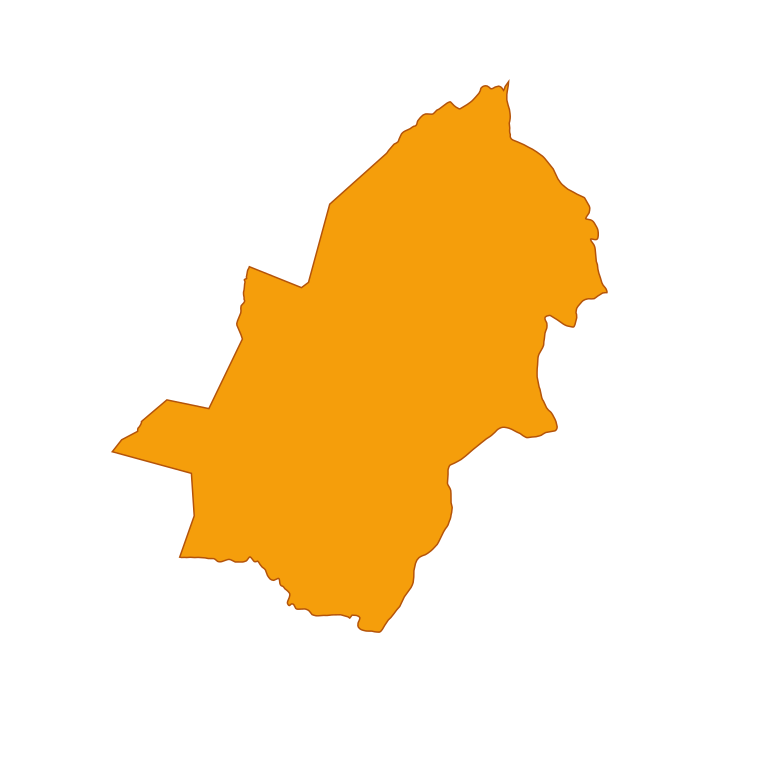 San Antonio de Flores, El Paraíso, Honduras, rotated 329°
{"feature_id": "27666195B39425544771184", "entity_name": "San Antonio de Flores", "entity_type": "district", "adm_level": 2, "iso_a3": "HND", "parent_name": "Honduras", "parent_adm1": "El Paraíso", "projection": "albers", "projection_center": [-86.823, 13.709], "detail": "fine", "context": "isolated", "style": "filled", "palette": "amber", "viewbox_px": 768, "rotation_deg": 329, "n_neighbors": 0, "source": "geoboundaries", "source_scale": "gbopen_adm2", "svg_char_len": 6171}
<svg xmlns="http://www.w3.org/2000/svg" viewBox="0 0 768 768"><g transform="rotate(329 384 384)"><path d="M622.1,420.5L622.5,420.1L622.9,419.1L623.3,417.1L623.2,415.4L622.9,413.4L622.7,412.1L622.9,409.3L624.2,404.3L625.2,399.7L626.5,395.7L628.4,391.6L629.1,388.3L634.4,377.3L635.1,375.5L635.4,374.2L635.6,372.7L635.3,368.8L635.3,367.4L635.5,366.7L635.7,366.3L636.3,366.4L637.1,367.0L638.7,368.5L640.0,369.4L640.8,369.6L641.6,369.5L642.6,368.9L644.1,367.1L645.5,364.8L646.5,362.5L646.9,361.0L647.1,359.1L647.2,354.3L647.0,352.5L646.5,351.1L645.7,349.8L642.4,346.8L642.1,346.2L642.2,345.9L643.8,344.9L648.0,342.9L649.8,340.9L651.0,339.2L651.4,338.0L651.6,337.0L651.8,328.1L651.7,327.5L651.2,326.6L647.2,320.7L645.8,318.2L641.9,311.7L640.6,308.2L639.4,304.7L639.0,302.4L638.7,297.7L639.8,286.8L638.0,273.6L637.6,271.7L637.2,270.3L634.4,263.7L632.1,259.1L630.0,255.8L627.2,251.0L623.2,245.3L620.3,241.5L619.5,240.0L619.3,238.9L619.4,237.8L619.6,237.0L620.8,235.1L621.1,233.7L621.6,232.5L622.4,231.1L623.6,229.4L625.7,224.9L627.3,223.3L629.0,221.2L630.1,219.5L631.3,217.1L632.9,213.3L634.0,208.9L635.4,204.3L635.8,203.4L638.4,199.1L640.4,196.6L644.2,192.2L646.5,189.0L641.0,191.4L640.4,192.0L639.2,193.0L637.7,193.9L637.5,191.0L637.3,190.1L636.9,189.2L635.8,187.8L632.9,186.9L632.0,186.7L629.9,186.7L628.8,186.5L628.1,186.2L627.6,185.8L627.3,185.3L627.2,184.4L626.9,183.7L625.9,181.7L624.5,180.6L623.2,180.1L621.7,179.9L619.9,180.2L619.0,180.7L617.6,182.2L615.1,183.7L610.2,185.3L605.6,186.6L603.0,187.0L599.0,187.3L591.6,187.3L590.7,187.2L590.1,186.8L588.4,183.9L587.5,181.6L586.4,176.9L586.2,176.4L585.8,176.1L584.3,175.8L582.5,175.7L572.9,176.7L570.2,176.5L566.6,177.5L564.8,177.7L564.2,177.5L563.4,177.0L560.5,175.0L558.8,174.0L557.3,173.7L555.7,173.6L554.3,173.9L552.5,174.3L548.7,175.7L547.7,176.4L546.0,178.1L544.6,178.9L543.6,178.9L542.1,178.4L540.3,178.4L537.7,178.6L532.3,178.0L530.6,178.0L529.3,178.2L527.9,178.6L526.6,179.4L523.4,181.6L521.4,183.2L520.8,183.6L518.6,183.8L517.3,183.7L516.5,183.6L515.8,183.7L510.9,185.3L508.2,186.2L505.9,187.3L504.5,187.7L430.1,201.9L371.6,258.0L362.9,258.9L329.0,214.1L327.9,215.0L326.0,216.1L325.2,216.8L322.0,220.5L321.3,221.2L321.0,221.8L320.8,222.5L320.6,222.8L320.1,222.9L319.5,222.6L318.7,222.6L318.2,222.6L317.9,222.8L317.8,223.2L317.7,224.3L317.2,225.3L316.1,226.4L313.8,229.6L312.5,231.3L311.0,232.8L310.4,233.7L309.5,235.4L308.7,237.7L307.7,239.3L307.5,240.7L307.1,241.3L305.9,242.1L302.3,243.2L301.7,243.5L300.3,245.3L299.0,247.8L297.7,249.4L291.0,254.4L289.0,256.3L288.2,257.9L286.8,268.0L285.8,272.5L221.2,314.9L189.7,285.8L156.8,291.2L156.4,292.0L154.8,293.3L152.4,294.6L150.6,295.1L149.8,295.7L148.4,297.7L130.4,296.7L116.2,302.1L172.9,361.4L153.4,399.3L119.7,427.2L121.2,428.5L123.4,429.7L125.5,431.1L128.8,432.8L132.4,435.3L135.4,436.9L141.1,440.9L143.5,443.1L148.0,445.9L148.4,446.3L149.0,447.4L150.0,450.3L150.6,451.0L151.3,451.6L152.5,452.3L153.6,452.7L158.9,453.8L160.2,454.2L161.2,454.8L162.2,455.8L164.8,459.9L170.7,463.5L171.5,463.9L172.8,464.3L175.0,464.7L176.0,464.4L178.9,463.2L179.8,463.1L180.2,463.3L180.6,464.3L180.9,466.4L181.1,468.5L181.4,469.4L181.8,469.8L182.4,470.2L183.3,470.5L184.3,470.7L184.5,470.9L184.6,471.3L184.8,472.4L184.8,474.8L185.1,477.2L185.3,478.3L186.2,480.4L186.6,482.2L185.5,488.1L185.6,490.4L186.0,492.7L187.0,494.3L188.4,495.5L193.1,496.1L193.5,496.4L193.7,496.9L193.6,497.5L193.4,498.3L192.1,501.2L191.9,502.2L191.8,503.0L192.1,504.1L193.0,505.2L193.3,506.0L193.5,506.9L193.5,508.3L194.3,510.3L194.9,512.3L195.2,513.9L195.2,515.2L194.6,516.4L193.0,518.1L189.6,520.6L188.7,521.5L188.3,522.3L188.2,522.9L188.2,523.9L188.4,524.7L188.7,525.1L189.4,525.2L190.7,524.9L191.5,524.9L191.9,525.1L192.6,525.7L193.0,526.7L192.8,530.8L193.1,531.6L193.5,532.1L194.2,532.7L200.4,536.1L201.5,537.3L202.4,538.6L203.0,540.1L203.6,544.6L204.7,546.0L206.3,547.6L208.0,548.7L213.0,551.2L216.0,553.1L220.6,555.2L227.9,559.4L229.0,560.5L233.2,565.0L234.1,567.0L237.6,565.7L241.1,568.1L242.6,570.1L243.0,571.7L242.5,572.6L241.0,573.9L239.6,574.8L238.6,575.6L237.1,577.8L236.8,579.3L237.2,581.3L238.0,582.9L239.2,584.3L241.0,586.1L242.3,587.1L246.2,589.5L248.3,591.5L250.5,593.2L252.3,594.3L253.5,594.4L254.6,594.1L256.4,593.4L260.2,591.3L266.1,588.5L269.6,587.7L273.9,586.1L278.5,584.2L282.9,582.8L291.8,576.9L302.3,572.4L304.8,570.8L306.8,569.1L310.1,564.8L313.5,559.4L318.6,554.0L321.5,551.9L324.4,550.9L326.3,550.8L328.6,551.0L331.5,551.6L334.3,551.6L338.2,551.2L340.7,550.7L347.0,548.9L349.5,547.5L358.9,541.4L361.9,539.8L364.4,538.8L366.3,537.8L369.4,535.2L371.4,533.7L372.7,532.4L374.2,530.6L375.7,529.1L378.7,525.2L379.1,524.3L380.4,520.2L384.8,512.7L386.3,509.8L386.6,508.6L386.8,507.4L386.9,503.0L387.1,502.2L387.5,501.4L392.3,494.5L394.7,490.5L396.8,488.6L398.4,487.6L399.7,487.6L403.8,488.1L407.4,488.3L411.0,488.4L413.0,488.2L417.1,487.7L426.6,486.0L437.4,484.5L443.6,483.7L447.6,483.6L449.7,483.4L454.2,482.5L457.1,481.7L458.2,481.5L460.0,481.5L461.8,481.7L463.4,482.2L464.8,483.0L466.7,484.6L468.3,486.2L470.2,488.7L473.0,493.4L475.2,496.6L476.6,500.0L477.9,502.3L478.6,503.3L479.6,504.0L483.4,505.6L487.2,507.5L490.5,508.5L492.4,508.9L495.1,508.8L497.7,508.9L506.4,512.2L507.7,512.1L508.9,511.5L509.8,510.7L510.5,509.6L512.0,504.9L512.4,502.3L512.7,497.1L512.6,494.9L512.4,493.7L511.5,491.0L511.1,488.0L511.9,480.6L511.8,479.3L512.0,477.9L512.3,476.6L515.0,468.8L515.4,466.5L518.9,456.8L521.0,453.2L523.1,449.9L525.4,446.8L529.0,441.5L530.1,440.1L531.4,438.9L532.6,438.0L538.6,434.6L540.6,433.1L541.3,432.3L542.7,430.2L544.9,427.6L548.1,423.4L550.3,421.5L551.9,420.3L552.6,419.6L553.8,417.9L554.8,415.9L555.0,415.1L555.1,413.0L555.4,411.4L555.9,410.4L556.5,409.8L557.4,409.6L558.6,409.6L561.1,410.4L561.8,410.9L562.3,411.8L565.6,418.2L568.6,425.0L569.5,426.6L570.4,427.9L571.2,428.8L574.1,431.5L575.3,432.5L575.8,432.7L576.2,432.7L576.9,432.4L578.3,431.4L583.3,426.5L584.7,423.9L585.0,423.2L585.1,422.3L585.4,421.6L586.5,420.2L588.0,418.5L588.9,418.0L590.3,417.3L595.9,415.4L597.3,415.1L598.4,415.1L599.9,415.2L601.7,415.7L603.3,416.3L605.7,417.9L608.1,419.1L609.9,419.0L612.6,418.7L618.2,418.6L620.6,419.6L622.1,420.5Z" fill="#f59e0b" stroke="#b45309" stroke-width="1.5"/></g></svg>